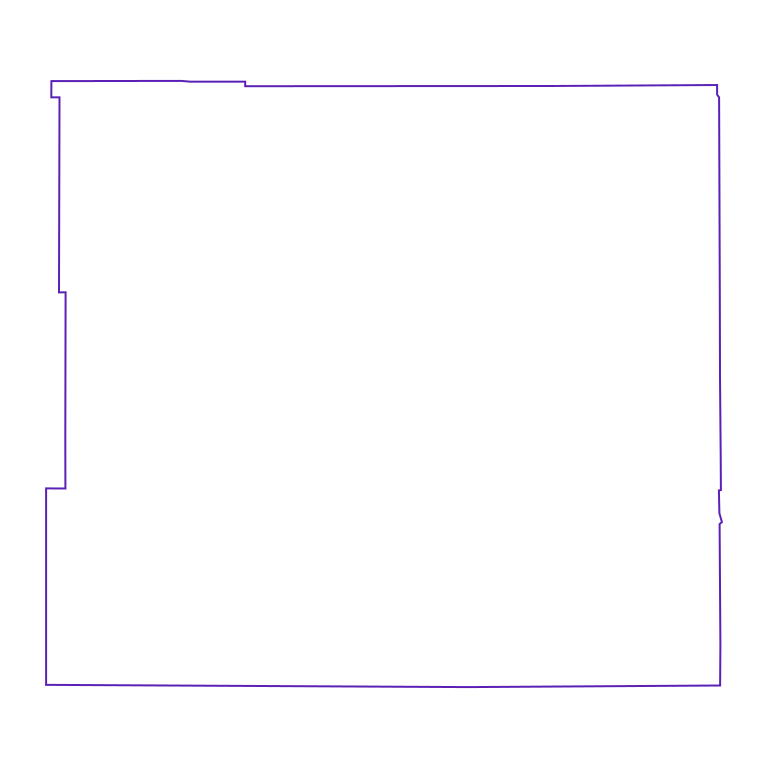 outline of Natrona, Wyoming, United States of America
{"feature_id": "52423323B59705980102963", "entity_name": "Natrona", "entity_type": "district", "adm_level": 2, "iso_a3": "USA", "parent_name": "United States of America", "parent_adm1": "Wyoming", "projection": "robinson", "projection_center": [-106.783, 42.966], "detail": "fine", "context": "isolated", "style": "outline", "palette": "violet", "viewbox_px": 768, "rotation_deg": 0, "n_neighbors": 0, "source": "geoboundaries", "source_scale": "gbopen_adm2", "svg_char_len": 464}
<svg xmlns="http://www.w3.org/2000/svg" viewBox="0 0 768 768"><path d="M51.4,81.1L51.3,97.3L59.5,97.3L59.0,292.4L65.6,292.3L65.3,439.0L65.4,488.5L46.1,488.4L46.1,684.9L54.9,684.9L467.6,687.1L720.1,685.5L720.4,646.0L719.6,524.1L721.9,522.1L719.4,513.2L718.9,490.4L720.9,490.1L720.7,455.4L720.0,376.4L719.8,293.1L719.1,97.4L717.1,94.6L717.1,85.0L548.6,86.0L245.2,86.2L245.2,81.7L190.5,81.7L181.3,80.9L51.4,81.1Z" fill="none" stroke="#5b21b6" stroke-width="2"/></svg>